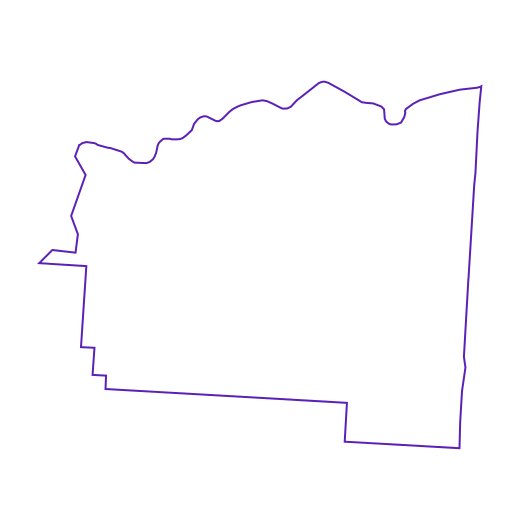 Asotin, Washington, United States of America (Albers equal-area conic projection), rotated 273°
{"feature_id": "52423323B79616802808075", "entity_name": "Asotin", "entity_type": "district", "adm_level": 2, "iso_a3": "USA", "parent_name": "United States of America", "parent_adm1": "Washington", "projection": "albers", "projection_center": [-117.06, 46.229], "detail": "fine", "context": "isolated", "style": "outline", "palette": "violet", "viewbox_px": 512, "rotation_deg": 273, "n_neighbors": 0, "source": "geoboundaries", "source_scale": "gbopen_adm2", "svg_char_len": 1536}
<svg xmlns="http://www.w3.org/2000/svg" viewBox="0 0 512 512"><g transform="rotate(273 256 256)"><path d="M357.6,73.7L346.0,70.1L328.0,81.6L286.3,69.3L268.4,77.0L249.9,75.6L251.3,52.3L237.5,39.9L237.0,87.1L155.8,86.0L155.9,99.5L128.7,99.0L128.7,112.5L115.3,112.7L114.1,354.5L75.2,354.3L74.7,469.2L77.6,469.2L100.4,468.6L132.0,468.8L155.7,471.0L166.2,468.9L243.9,469.3L245.3,469.4L246.6,469.4L338.3,470.2L350.3,470.8L392.4,470.7L421.4,471.3L437.3,472.1L436.6,471.0L435.6,468.0L432.8,450.9L427.2,431.2L420.1,411.4L416.3,405.0L410.6,398.0L408.7,397.2L406.9,397.6L402.5,396.8L396.8,393.8L394.8,389.3L394.5,385.2L394.5,383.3L395.0,381.9L396.8,379.3L398.0,378.4L399.9,377.4L409.2,376.2L411.9,373.2L414.5,365.0L414.7,357.9L415.1,353.6L416.4,351.3L424.6,336.0L432.8,319.0L433.7,315.3L433.3,312.5L431.9,309.6L420.5,296.6L413.7,288.7L406.9,283.0L405.0,279.6L404.6,275.8L404.8,274.0L409.1,264.4L411.3,258.7L411.8,254.2L409.5,243.6L405.9,233.4L404.4,230.1L402.1,226.1L400.7,224.2L398.4,221.7L391.2,215.3L388.8,212.1L388.6,210.1L388.9,208.4L392.7,199.7L392.9,196.9L391.6,193.3L389.6,190.8L384.8,187.3L378.3,185.3L372.6,179.8L369.9,176.5L368.8,174.0L368.4,171.5L368.1,165.7L368.6,163.4L368.3,158.0L367.8,156.9L365.3,154.3L363.5,152.9L361.0,152.0L354.0,150.9L350.0,149.6L347.3,148.1L344.3,144.8L343.0,141.6L343.0,140.6L342.9,129.8L344.0,127.5L346.3,124.1L350.0,120.2L351.4,119.1L353.1,116.6L356.2,104.9L356.4,102.1L358.6,92.1L359.7,90.4L360.3,88.4L360.9,80.7L359.7,76.7L357.6,74.1L357.6,73.7Z" fill="none" stroke="#5b21b6" stroke-width="2"/></g></svg>